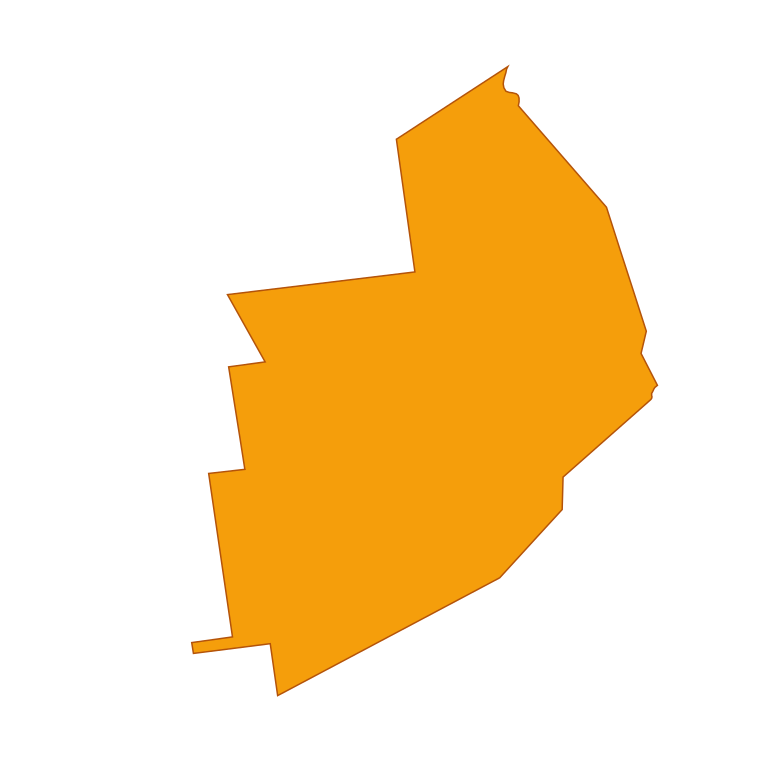 outline of Silípica, Santiago del Estero, Argentina, rotated 341°
{"feature_id": "61730980B28261021809980", "entity_name": "Silípica", "entity_type": "district", "adm_level": 2, "iso_a3": "ARG", "parent_name": "Argentina", "parent_adm1": "Santiago del Estero", "projection": "robinson", "projection_center": [-64.209, -28.168], "detail": "fine", "context": "isolated", "style": "filled", "palette": "amber", "viewbox_px": 768, "rotation_deg": 341, "n_neighbors": 0, "source": "geoboundaries", "source_scale": "gbopen_adm2", "svg_char_len": 855}
<svg xmlns="http://www.w3.org/2000/svg" viewBox="0 0 768 768"><g transform="rotate(341 384 384)"><path d="M182.0,644.0L368.0,614.7L430.3,604.9L480.4,577.6L511.6,560.7L523.0,530.3L627.3,487.2L630.4,485.9L631.3,485.5L632.4,484.7L633.2,483.4L633.3,482.2L634.0,480.0L635.1,479.1L636.6,477.6L637.7,476.4L639.1,475.4L642.1,474.3L637.0,438.8L649.2,419.5L650.1,376.8L650.9,334.0L651.9,289.3L601.6,164.7L602.6,162.9L603.6,161.2L604.8,157.6L604.8,154.8L603.6,152.7L600.3,150.5L597.4,149.1L594.6,146.9L593.8,142.9L594.4,139.1L595.9,136.1L597.7,133.4L598.0,132.9L600.6,129.3L602.4,126.2L604.4,124.2L502.8,149.7L491.4,152.6L475.4,156.6L449.7,288.1L265.1,248.5L278.8,324.4L242.7,317.2L235.6,357.5L230.2,388.3L224.7,419.1L224.7,419.4L189.1,411.5L158.4,573.8L118.0,565.9L116.1,576.7L191.9,592.5L182.0,644.0Z" fill="#f59e0b" stroke="#b45309" stroke-width="1.5"/></g></svg>